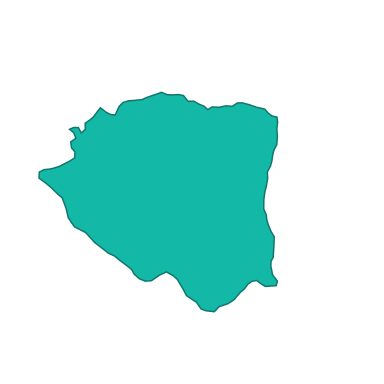 the district of Sebastianópolis do Sul, São Paulo, Brazil, rotated 321°
{"feature_id": "56859067B57428988015722", "entity_name": "Sebastianópolis do Sul", "entity_type": "district", "adm_level": 2, "iso_a3": "BRA", "parent_name": "Brazil", "parent_adm1": "São Paulo", "projection": "robinson", "projection_center": [-49.915, -20.635], "detail": "fine", "context": "isolated", "style": "filled", "palette": "teal", "viewbox_px": 384, "rotation_deg": 321, "n_neighbors": 0, "source": "geoboundaries", "source_scale": "gbopen_adm2", "svg_char_len": 1642}
<svg xmlns="http://www.w3.org/2000/svg" viewBox="0 0 384 384"><g transform="rotate(321 192 192)"><path d="M168.3,70.2L162.3,71.7L156.6,71.7L152.3,71.3L148.5,76.2L143.1,76.4L144.2,70.5L141.0,67.6L136.3,66.2L137.4,71.7L135.6,77.2L129.3,76.7L126.1,82.0L126.3,87.2L122.4,91.6L116.6,91.1L111.7,90.0L105.3,88.7L99.4,86.4L95.6,84.5L91.1,81.5L85.9,80.4L81.8,85.0L83.8,92.4L85.3,99.5L86.3,108.8L87.4,115.0L85.9,119.5L83.6,126.1L79.7,133.9L79.1,140.1L78.8,145.3L83.8,156.5L84.6,170.1L86.1,176.3L88.5,186.9L91.5,192.9L92.7,199.1L94.7,206.9L96.3,214.3L95.4,219.5L96.5,226.3L99.5,231.8L104.6,235.4L114.6,236.2L121.8,238.0L124.7,245.3L125.6,250.5L124.0,261.7L122.5,269.1L126.1,280.6L125.4,288.4L127.9,292.8L134.0,299.1L140.8,298.2L145.5,299.9L149.6,301.4L156.6,302.2L166.3,300.4L171.8,300.3L177.4,298.8L182.4,299.1L186.5,301.4L187.8,306.4L189.4,311.4L198.5,317.8L202.3,315.0L202.5,307.1L206.6,299.3L209.8,295.6L214.1,293.8L220.0,287.3L223.8,283.1L227.8,278.4L228.5,272.9L230.5,265.9L232.6,260.7L235.3,256.6L237.1,250.3L242.8,243.4L248.3,238.1L253.6,234.1L259.5,228.9L263.1,223.9L269.2,221.3L273.7,218.1L278.0,214.0L281.9,211.1L287.7,208.5L293.4,202.5L297.5,196.5L302.5,191.6L305.2,187.3L302.0,183.3L300.9,178.5L300.7,173.3L295.5,166.8L291.3,160.0L287.1,154.3L283.2,151.3L277.3,150.8L272.6,146.4L266.3,143.2L261.1,138.5L256.1,138.0L255.4,133.1L252.8,128.2L250.5,122.5L246.0,119.0L246.1,111.7L242.8,107.7L238.7,104.9L234.0,100.8L231.0,95.3L226.2,93.7L222.0,92.1L217.0,90.3L211.2,88.7L204.8,84.5L200.1,81.2L194.6,79.0L189.1,79.7L185.1,81.7L180.8,83.8L177.4,80.4L175.4,75.9L173.8,68.9L168.3,70.2Z" fill="#14b8a6" stroke="#0f766e" stroke-width="1.5"/></g></svg>